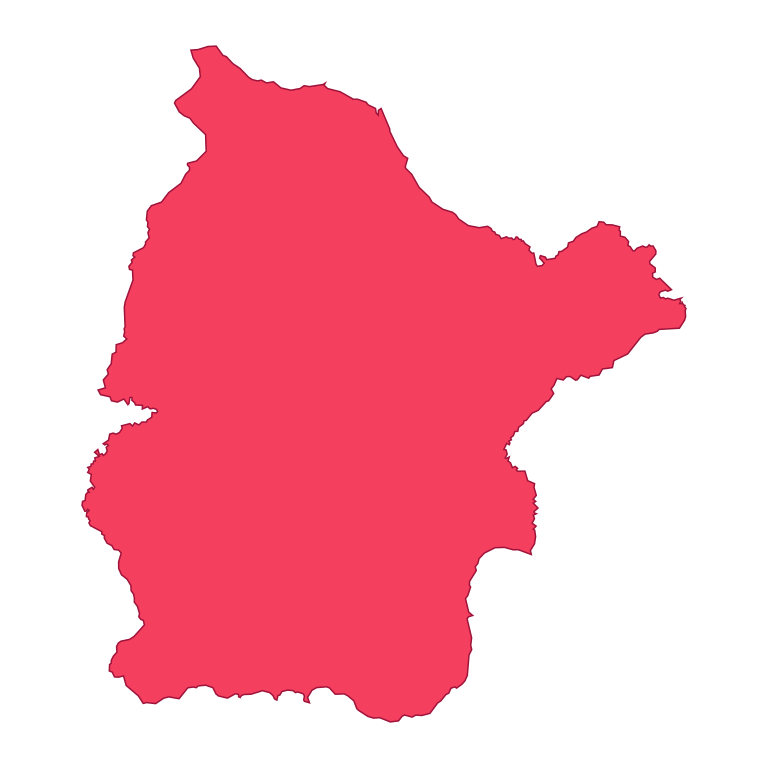 outline of Nagekeo, Nusa Tenggara Timur, Indonesia
{"feature_id": "22746128B97494513966687", "entity_name": "Nagekeo", "entity_type": "district", "adm_level": 2, "iso_a3": "IDN", "parent_name": "Indonesia", "parent_adm1": "Nusa Tenggara Timur", "projection": "albers", "projection_center": [121.268, -8.674], "detail": "fine", "context": "isolated", "style": "filled", "palette": "rose", "viewbox_px": 768, "rotation_deg": 0, "n_neighbors": 0, "source": "geoboundaries", "source_scale": "gbopen_adm2", "svg_char_len": 6052}
<svg xmlns="http://www.w3.org/2000/svg" viewBox="0 0 768 768"><path d="M681.2,298.1L673.9,300.2L667.9,298.2L665.5,298.9L663.4,297.5L660.4,298.0L658.8,294.6L660.2,291.8L665.3,290.2L667.8,291.2L671.5,289.7L659.7,278.2L656.5,279.5L652.7,277.1L652.6,273.2L655.3,271.9L655.2,267.9L649.9,263.8L649.6,261.4L655.8,254.0L655.9,250.8L653.1,246.0L650.9,246.2L649.1,244.8L647.5,246.8L645.4,247.3L642.8,246.0L637.2,248.1L634.3,251.0L632.8,250.7L630.1,246.5L627.9,245.5L628.6,241.6L624.9,237.2L620.3,236.1L620.4,231.4L619.1,230.0L619.7,226.8L612.3,224.9L606.1,224.7L603.7,222.2L599.1,221.7L597.0,226.5L591.8,228.2L586.5,232.0L581.7,233.8L575.9,237.5L573.4,241.2L568.5,242.9L567.6,247.1L561.6,251.4L559.0,251.6L558.1,255.0L556.0,256.0L555.2,258.3L546.7,259.6L545.4,257.1L540.4,255.6L539.6,258.0L544.2,263.2L542.2,265.5L537.4,266.3L536.0,264.1L533.8,253.0L532.0,253.3L528.9,250.1L530.0,246.9L525.1,243.6L523.3,240.9L521.5,241.1L521.3,239.5L518.9,239.2L517.6,237.3L516.2,236.9L514.7,239.3L513.2,239.6L511.7,238.0L508.5,238.2L506.6,236.8L501.2,238.6L499.2,235.4L495.9,234.4L494.7,232.0L492.4,231.2L491.1,228.5L487.6,226.3L479.2,227.7L468.3,225.6L458.7,219.0L455.7,214.7L452.6,212.3L442.9,209.3L432.0,202.1L429.2,197.1L419.1,187.4L411.7,174.3L405.9,168.5L405.2,167.0L407.7,158.3L403.4,155.7L397.3,146.9L389.8,131.3L389.8,129.2L381.1,108.5L378.4,110.4L378.2,115.1L376.2,112.9L375.5,108.4L368.2,104.9L366.1,102.2L357.5,99.2L353.3,99.2L340.0,91.7L327.6,88.6L324.1,85.2L325.1,83.2L323.1,84.5L309.5,86.6L304.1,85.7L300.1,88.5L291.0,90.2L280.9,87.9L273.5,81.8L266.5,82.9L261.3,80.1L257.6,80.9L252.5,79.7L248.8,77.5L240.1,68.5L232.8,63.6L226.3,56.6L222.9,55.4L216.2,46.1L207.9,46.5L198.0,49.6L190.9,50.1L193.3,58.3L199.4,68.1L200.3,76.7L191.5,88.8L175.7,100.5L174.5,103.1L179.3,111.9L184.2,115.8L189.9,118.2L193.6,123.2L205.6,134.6L206.2,151.3L196.5,161.0L187.6,163.3L187.4,164.9L189.5,167.3L189.5,170.2L185.7,174.2L181.0,183.3L168.7,192.6L161.5,202.1L151.3,205.7L147.3,211.2L146.4,219.9L147.9,222.0L147.5,226.6L149.5,229.2L147.9,232.6L149.1,237.8L145.5,242.1L145.6,244.0L143.6,247.6L133.4,252.9L133.0,255.7L134.8,257.1L131.3,260.1L132.2,262.2L128.9,266.3L129.5,269.4L132.5,270.2L133.0,280.0L125.2,301.9L124.3,307.2L125.1,326.8L124.1,328.9L124.7,331.8L123.7,336.1L126.8,339.0L122.4,342.8L116.2,344.7L116.0,352.2L112.2,354.1L111.2,363.8L107.2,369.6L108.3,374.2L103.3,379.9L105.4,387.8L98.1,390.0L100.6,394.7L110.0,396.8L111.5,400.8L117.5,402.1L123.9,399.0L127.9,404.7L129.0,403.5L129.9,397.6L131.4,397.3L132.2,398.0L131.8,400.1L134.7,402.8L135.5,405.0L142.5,405.4L142.3,409.0L147.8,406.7L150.1,408.9L153.4,408.3L156.5,409.4L157.6,411.6L156.4,412.9L152.1,412.5L151.7,417.3L147.4,420.0L146.4,422.1L142.0,422.0L138.9,424.9L134.7,422.9L132.5,426.0L130.0,423.6L121.5,425.8L122.2,428.4L119.6,432.4L116.2,434.2L113.1,433.1L109.7,434.1L108.5,440.2L103.2,443.7L104.7,444.9L107.0,444.1L108.4,445.4L106.2,447.3L107.2,451.0L105.5,453.8L103.2,455.5L102.1,453.7L99.5,454.8L97.8,449.5L94.6,452.3L99.2,456.4L94.8,457.9L95.4,461.0L93.6,461.1L93.0,463.9L91.2,464.0L90.8,466.5L87.7,467.4L89.3,469.4L87.7,472.5L91.3,474.4L90.3,481.0L94.7,487.2L93.4,489.3L92.1,487.3L88.0,489.7L87.7,490.7L89.2,492.2L87.4,492.6L85.8,494.5L85.1,500.6L82.6,501.3L82.0,505.3L84.8,511.2L86.3,511.1L87.6,509.3L89.1,510.4L86.7,512.9L86.4,516.6L88.5,517.2L88.6,519.0L90.1,520.6L88.9,522.9L90.4,525.7L101.9,531.7L101.7,534.0L104.4,535.5L104.3,538.2L107.1,543.2L111.8,545.6L114.1,549.5L118.7,550.1L121.2,553.1L118.6,561.9L118.7,568.6L121.5,574.8L127.2,579.3L130.9,585.6L131.1,590.7L133.5,594.0L134.4,598.2L134.3,602.1L137.4,606.3L139.5,613.5L138.8,616.8L140.9,619.5L143.3,620.3L144.4,624.9L134.0,636.5L129.5,639.4L120.9,641.2L118.4,643.0L116.6,646.4L116.9,652.2L113.4,656.1L111.4,660.1L111.1,663.4L109.6,664.5L109.3,671.0L112.2,672.1L114.5,676.9L118.5,677.2L123.5,675.9L126.2,685.5L138.4,695.9L143.2,703.4L146.7,702.6L155.7,703.6L163.8,698.1L168.9,696.9L179.1,698.7L187.8,687.8L193.5,687.0L196.2,687.7L198.3,685.9L205.7,685.2L212.9,687.7L216.0,694.0L218.6,696.0L227.5,698.1L235.3,693.8L238.5,694.4L238.6,696.8L240.2,697.5L241.5,695.5L244.0,694.5L251.1,694.2L262.4,690.7L269.7,692.6L273.0,695.6L274.6,699.0L276.9,700.1L277.9,695.6L279.8,695.1L281.9,691.5L287.6,690.1L293.4,690.7L295.3,692.6L297.9,692.0L303.2,693.8L304.4,695.9L303.7,700.0L304.4,701.3L309.5,702.8L307.6,697.3L312.1,690.1L316.7,687.6L326.5,686.8L329.5,687.9L335.2,694.2L344.3,693.9L348.1,696.0L353.9,700.9L356.7,708.5L358.6,710.4L367.9,716.4L373.6,718.1L379.7,717.7L390.3,721.9L398.5,720.9L402.1,716.3L404.5,715.0L412.1,717.1L415.8,715.1L421.7,715.5L429.9,713.4L437.7,702.9L440.9,700.8L445.8,694.7L448.8,693.1L451.0,688.2L454.9,686.9L456.5,688.1L462.0,684.2L464.9,680.9L467.3,675.5L469.0,655.1L471.7,649.5L470.7,645.3L471.6,637.8L467.1,618.9L468.6,616.7L472.7,615.5L468.7,612.1L465.5,598.6L467.8,595.5L470.6,587.0L469.4,585.2L469.6,581.3L476.3,570.5L475.2,566.8L477.8,563.5L479.1,558.6L484.4,553.0L495.1,547.7L504.5,547.4L513.2,549.8L518.2,549.7L531.3,554.5L530.4,550.5L534.5,543.8L535.6,536.6L534.7,530.2L533.2,529.3L536.1,526.1L532.1,523.2L534.5,518.7L533.3,515.2L536.3,513.7L534.3,512.9L534.0,511.6L538.0,508.0L533.2,503.1L535.7,501.4L533.2,499.3L536.3,495.4L534.0,487.4L534.6,483.7L527.7,480.7L524.9,471.1L517.5,471.2L516.3,469.9L517.6,468.4L515.3,466.4L512.4,467.7L510.5,462.9L508.0,460.9L509.2,457.0L506.5,458.4L505.2,457.9L507.2,454.2L506.1,449.9L503.9,449.4L506.7,443.4L509.3,444.7L509.9,443.1L508.8,441.2L511.4,439.8L510.6,437.9L513.4,435.6L514.8,431.5L517.8,431.3L518.5,427.4L523.4,423.6L524.0,420.9L526.3,420.3L532.1,413.1L538.2,410.4L546.4,401.4L548.6,400.9L553.7,393.5L551.2,388.9L554.1,385.0L556.9,378.5L563.3,380.0L566.4,376.7L570.2,376.5L575.6,380.2L577.4,379.7L580.8,375.2L588.7,378.2L590.1,376.3L599.1,375.0L602.4,369.0L612.4,367.6L613.9,360.6L627.7,353.9L640.8,337.3L645.1,334.1L653.1,332.9L657.3,331.3L659.0,329.4L679.4,328.2L684.5,320.3L685.6,316.7L685.2,310.6L686.0,308.6L684.5,306.4L685.0,305.5L683.4,304.7L682.2,302.4L681.7,303.6L679.6,303.6L680.7,301.5L680.0,299.3L681.2,298.1Z" fill="#f43f5e" stroke="#9f1239" stroke-width="1.5"/></svg>